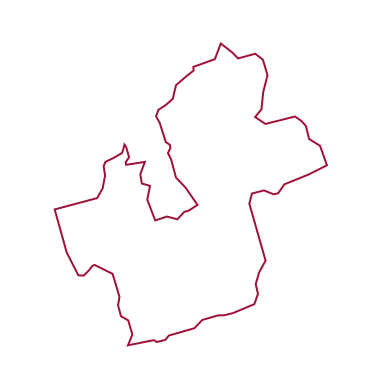 outline of Mirriah, Zinder, Niger, rotated 344°
{"feature_id": "23599985B93207740600063", "entity_name": "Mirriah", "entity_type": "district", "adm_level": 2, "iso_a3": "NER", "parent_name": "Niger", "parent_adm1": "Zinder", "projection": "robinson", "projection_center": [9.068, 13.638], "detail": "fine", "context": "isolated", "style": "outline", "palette": "rose", "viewbox_px": 384, "rotation_deg": 344, "n_neighbors": 0, "source": "geoboundaries", "source_scale": "gbopen_adm2", "svg_char_len": 1267}
<svg xmlns="http://www.w3.org/2000/svg" viewBox="0 0 384 384"><g transform="rotate(344 192 192)"><path d="M88.2,321.7L114.5,323.9L116.9,326.5L125.6,326.8L130.2,323.6L156.7,323.6L166.7,317.8L183.2,317.8L188.8,319.4L197.7,319.7L221.0,317.0L227.3,308.1L227.9,298.1L234.4,287.7L243.8,278.3L243.9,219.0L249.2,210.0L261.6,210.3L269.8,216.7L274.4,217.0L282.9,210.1L309.0,207.3L329.1,203.5L327.8,182.9L319.2,173.3L319.7,160.0L316.8,153.9L311.7,147.8L281.3,146.8L273.3,137.3L281.6,131.6L288.0,115.6L296.8,100.5L296.6,84.3L290.8,76.5L273.1,76.3L269.2,69.0L260.6,57.2L250.6,70.6L227.8,72.1L227.0,75.7L219.1,78.9L206.1,84.9L199.1,97.2L191.1,101.0L182.3,103.8L178.3,109.3L180.0,116.7L180.6,136.8L183.8,140.7L183.3,143.8L179.6,148.0L180.9,154.8L180.6,173.8L187.1,186.2L193.7,205.9L183.7,209.0L179.1,209.0L170.4,214.2L161.2,208.7L148.8,209.2L146.9,187.1L150.1,180.8L153.3,174.5L146.1,170.0L147.2,160.7L155.0,150.1L136.2,147.7L136.4,145.1L141.1,141.3L141.1,130.7L140.1,127.8L137.5,132.4L135.3,135.3L126.0,137.6L117.3,139.1L114.2,142.7L113.0,152.2L107.1,163.9L99.1,171.7L55.2,170.9L54.9,215.7L59.8,240.8L64.8,242.5L71.4,238.9L75.7,235.7L78.2,235.2L93.1,248.8L93.4,272.7L89.7,280.5L89.5,291.9L95.3,297.8L95.4,312.6L88.2,321.7Z" fill="none" stroke="#9f1239" stroke-width="2"/></g></svg>